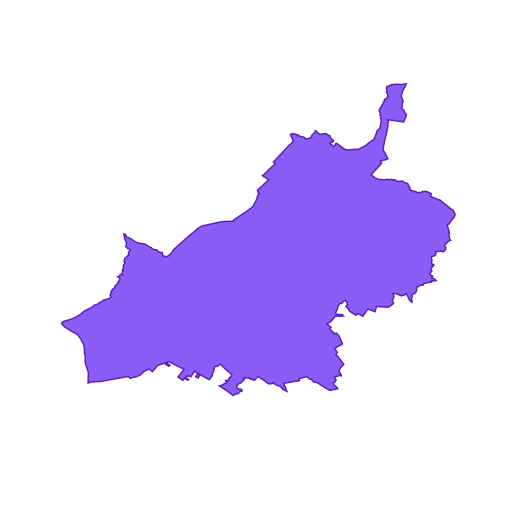 Bumbesti-Pitic, Gorj, Romania, rotated 170°
{"feature_id": "2599482B28908245700119", "entity_name": "Bumbesti-Pitic", "entity_type": "district", "adm_level": 2, "iso_a3": "ROU", "parent_name": "Romania", "parent_adm1": "Gorj", "projection": "natural_earth1", "projection_center": [23.707, 45.117], "detail": "fine", "context": "isolated", "style": "filled", "palette": "violet", "viewbox_px": 512, "rotation_deg": 170, "n_neighbors": 0, "source": "geoboundaries", "source_scale": "gbopen_adm2", "svg_char_len": 6066}
<svg xmlns="http://www.w3.org/2000/svg" viewBox="0 0 512 512"><g transform="rotate(170 256 256)"><path d="M382.3,300.6L382.1,298.7L382.5,296.6L381.2,291.4L382.0,288.8L382.7,287.9L381.7,287.1L381.3,285.8L378.9,284.2L379.0,283.1L381.1,281.6L381.2,278.6L382.4,278.7L382.9,278.0L385.6,276.5L385.5,275.7L386.4,275.0L386.9,272.7L386.4,271.6L388.5,269.5L388.7,266.6L390.0,265.6L389.4,264.7L390.7,263.5L391.0,260.7L392.7,261.5L394.0,260.1L395.7,259.5L393.7,258.0L395.3,255.1L396.4,254.5L396.0,253.7L400.3,250.7L400.6,249.1L402.9,248.3L403.1,247.0L404.1,247.2L405.3,245.4L405.6,244.1L406.6,242.3L405.9,241.4L406.2,240.7L407.8,239.5L414.3,239.0L416.0,237.4L417.4,237.7L419.4,236.5L422.1,235.6L423.4,235.8L427.0,233.7L433.6,232.0L439.9,228.6L445.8,226.5L450.6,225.6L456.4,225.1L457.8,224.6L459.2,223.5L458.1,221.3L456.7,219.4L451.6,214.6L446.5,210.7L445.0,208.8L442.6,204.0L442.4,202.5L441.1,198.9L440.9,196.2L441.8,190.0L441.6,186.3L442.6,181.7L442.5,178.4L441.3,170.5L443.4,160.1L439.7,160.5L430.6,159.4L405.0,159.6L402.3,159.4L401.5,157.5L394.1,158.0L390.9,158.9L386.2,161.8L381.0,163.3L378.0,160.1L371.8,165.4L365.0,166.3L361.0,162.5L359.7,163.4L363.2,166.5L360.0,167.0L346.5,156.9L353.9,150.4L349.5,146.3L347.6,147.9L344.8,145.5L343.8,146.2L346.7,148.7L344.8,150.1L343.9,149.3L343.3,149.8L341.1,148.3L336.8,153.1L332.7,149.8L334.4,149.5L336.4,147.5L334.2,145.9L331.6,148.9L323.6,142.3L319.8,145.7L319.4,147.7L317.8,149.7L316.2,153.7L315.7,154.2L312.5,154.3L310.1,155.9L305.2,149.2L300.6,143.7L300.9,142.9L300.8,142.0L301.4,141.4L303.0,141.1L303.9,138.9L304.4,139.5L305.5,138.1L307.1,138.7L307.7,138.4L306.2,136.9L307.3,135.9L309.4,136.1L310.3,135.1L314.6,134.3L308.7,129.0L302.8,122.6L300.7,123.4L297.4,123.7L295.2,125.3L293.4,125.4L293.1,126.2L293.3,126.9L294.6,127.7L296.4,128.0L297.4,129.1L297.8,131.2L295.5,133.1L293.2,133.6L289.1,136.4L289.0,137.0L289.6,138.0L289.4,138.3L288.1,137.6L287.4,138.1L285.1,137.1L283.9,137.2L282.8,135.6L281.8,136.1L280.6,134.4L279.4,134.1L278.1,134.5L275.1,137.1L269.6,132.0L266.2,128.3L265.2,127.7L264.0,127.6L262.0,127.7L261.6,128.3L256.9,124.3L255.6,124.1L254.4,123.1L252.8,120.0L249.1,117.4L250.8,125.8L234.9,125.7L234.7,126.1L235.2,126.9L235.1,127.6L226.8,128.4L224.4,125.3L222.9,125.2L221.1,121.8L218.0,120.9L208.9,112.6L206.4,110.8L198.6,111.1L199.0,112.5L200.5,114.2L201.9,116.6L202.0,117.5L199.8,118.4L198.6,120.2L200.0,122.9L198.7,123.4L195.6,123.6L193.8,124.5L193.0,123.1L192.6,123.7L194.4,128.6L192.0,131.4L188.4,134.0L192.8,142.8L194.5,144.7L192.7,146.9L194.4,151.0L191.6,152.5L186.0,154.4L186.3,155.4L188.3,163.4L190.4,166.2L191.8,165.5L195.5,170.5L196.1,171.4L194.5,172.7L197.9,176.7L193.7,178.4L188.8,182.7L186.4,182.8L183.9,182.1L180.3,181.8L181.3,183.3L186.2,184.3L187.4,185.4L187.2,186.9L185.0,189.4L184.2,192.0L181.8,194.5L179.0,194.8L178.8,195.4L177.0,196.6L175.6,196.6L174.7,194.8L174.1,192.5L176.2,190.7L173.9,187.3L173.5,185.5L167.8,180.3L165.8,181.7L161.2,178.1L155.2,184.4L148.4,180.5L146.2,185.4L135.1,182.7L133.5,183.0L129.3,185.0L128.8,185.7L129.6,188.6L128.0,190.2L127.2,192.3L127.6,195.4L124.0,194.3L120.0,191.7L118.0,191.7L114.6,192.7L113.3,189.2L112.7,186.2L111.1,183.9L110.4,183.4L110.1,183.9L110.4,186.8L109.2,188.9L108.9,190.6L108.2,191.3L106.1,191.7L104.3,193.0L104.3,194.0L103.5,195.0L103.6,196.7L102.9,197.7L101.4,197.5L100.9,198.2L99.6,198.6L96.4,198.4L95.7,199.6L92.0,200.0L88.3,199.7L87.1,200.4L87.3,201.2L86.9,201.3L84.8,200.5L82.9,200.5L84.6,202.7L86.7,204.1L86.7,204.8L85.7,205.2L85.6,205.7L87.0,206.5L87.9,208.4L85.4,210.7L86.3,212.0L85.1,214.4L84.2,214.5L84.3,215.3L83.2,215.4L82.4,216.2L84.4,218.2L83.4,221.7L83.7,223.5L83.5,224.7L79.7,225.4L78.5,226.6L78.2,229.0L73.1,228.6L70.3,227.6L68.1,229.8L67.6,231.2L68.4,233.1L68.2,233.8L64.3,237.0L61.7,237.8L62.2,239.0L62.6,244.2L61.6,244.4L61.7,248.5L62.5,253.0L60.4,254.1L56.5,258.0L54.3,259.5L52.8,261.9L53.1,264.4L54.2,267.3L55.7,268.3L65.5,279.6L66.4,279.2L68.5,281.2L71.9,283.1L74.1,284.9L73.2,285.6L72.5,286.9L76.4,289.6L78.2,290.4L80.4,290.3L80.9,290.7L83.0,289.6L84.2,290.3L86.6,290.3L86.9,291.2L88.0,292.0L89.2,291.7L89.4,292.7L92.7,294.1L92.6,295.9L93.3,296.4L92.7,297.1L93.3,297.6L93.2,298.0L93.8,298.9L93.6,299.9L94.2,301.2L96.6,302.2L98.3,303.6L98.4,304.3L103.3,304.8L105.3,305.8L105.8,307.0L107.7,307.1L109.6,308.1L112.8,308.1L113.6,309.0L114.8,308.5L117.2,308.8L119.1,309.7L121.0,309.7L124.8,311.8L128.5,316.1L116.2,325.5L117.0,328.0L111.2,328.3L109.2,328.9L111.5,336.3L112.4,337.4L111.5,341.5L110.1,345.3L104.4,358.5L102.3,365.7L102.7,367.4L87.3,362.4L83.7,368.0L83.3,369.4L84.8,371.5L84.6,372.8L86.9,376.0L85.7,378.7L85.5,380.8L84.3,382.6L85.1,388.6L82.4,393.9L80.1,396.5L78.1,399.5L78.3,399.6L82.8,399.6L87.5,400.7L92.9,401.2L96.6,400.1L97.7,400.2L98.5,398.4L98.2,396.4L99.1,394.8L98.1,391.0L99.9,388.5L101.1,388.4L102.4,387.6L102.6,386.1L104.0,385.1L104.7,383.3L105.7,382.7L105.9,381.8L107.0,381.2L108.9,379.0L109.5,377.4L108.7,375.4L109.4,373.6L109.4,373.0L108.5,372.3L108.9,370.8L109.4,370.4L109.0,367.7L109.8,366.1L109.7,365.4L112.0,360.2L115.2,358.1L115.8,356.4L119.2,351.0L120.2,350.1L124.6,348.2L128.6,345.8L136.5,343.4L148.4,344.7L150.3,345.9L157.2,353.1L157.7,353.0L160.1,350.1L163.8,354.1L162.3,355.6L161.2,354.6L159.6,356.1L162.3,359.8L162.1,361.3L164.9,363.2L165.3,364.1L166.0,364.5L171.7,364.7L174.0,366.6L174.7,368.4L175.9,369.1L177.0,367.2L180.1,365.1L180.6,364.4L180.4,363.7L180.6,363.5L183.7,362.6L186.7,362.7L188.1,364.7L191.8,366.1L193.6,367.9L198.3,370.2L201.0,369.7L199.3,362.8L200.7,361.2L203.9,359.5L222.5,345.5L221.2,343.5L221.9,342.8L228.2,339.0L230.2,337.2L235.7,334.0L230.2,328.8L243.2,320.5L242.7,317.0L242.1,317.0L241.9,316.6L244.0,314.9L245.5,311.7L250.4,305.3L256.8,301.8L271.7,295.4L272.0,294.2L281.8,295.6L286.0,295.7L304.0,294.9L308.5,293.2L320.7,286.1L335.7,276.7L339.3,273.1L342.8,271.2L345.3,270.7L345.9,271.8L347.3,271.9L347.7,272.7L347.8,275.7L349.5,276.1L351.5,277.4L352.8,279.3L355.3,280.0L357.1,281.3L357.8,282.6L359.4,283.4L362.9,286.7L364.8,287.7L368.7,288.8L372.1,290.6L376.5,294.9L380.0,297.2L381.0,300.0L382.3,300.6Z" fill="#8b5cf6" stroke="#5b21b6" stroke-width="1.5"/></g></svg>